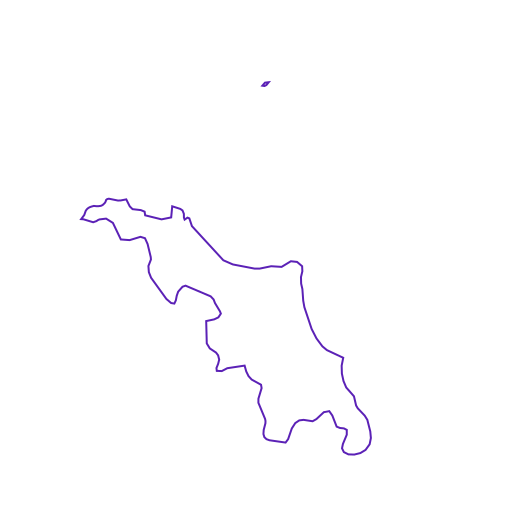 map outline of Latina (orthographic projection), rotated 202°
{"feature_id": "ITA-5426", "entity_name": "Latina", "entity_type": "Province", "adm_level": 1, "iso_a3": "ITA", "parent_name": "Italy", "parent_adm1": "", "projection": "orthographic", "projection_center": [13.255, 41.249], "detail": "fine", "context": "isolated", "style": "outline", "palette": "violet", "viewbox_px": 512, "rotation_deg": 202, "n_neighbors": 0, "source": "natural_earth", "source_scale": "10m", "svg_char_len": 2059}
<svg xmlns="http://www.w3.org/2000/svg" viewBox="0 0 512 512"><g transform="rotate(202 256 256)"><path d="M397.5,259.9L391.6,254.7L388.0,253.2L380.0,255.4L375.9,255.4L374.0,252.2L357.3,254.6L349.1,260.0L352.3,270.7L343.8,271.3L341.2,270.7L338.7,268.1L337.2,264.6L335.8,263.0L333.9,265.9L331.9,265.9L326.6,259.7L284.7,239.8L274.3,239.5L252.5,243.8L247.7,245.8L238.1,252.2L228.2,255.5L221.7,264.2L215.7,265.9L209.4,263.8L207.3,259.2L206.4,253.3L203.8,247.3L200.6,242.7L195.5,232.3L192.0,226.7L177.1,209.2L169.0,202.2L160.6,197.1L155.0,195.3L137.0,194.3L135.5,186.4L132.3,179.1L128.0,172.8L123.1,167.9L112.6,162.6L107.2,154.9L104.6,152.9L95.4,148.7L91.4,145.8L84.3,136.1L81.3,130.3L80.1,124.0L81.8,117.2L85.4,112.4L90.5,108.7L96.0,106.7L101.1,107.1L104.2,109.9L105.0,114.3L104.9,124.3L106.7,128.8L109.9,129.1L113.7,128.0L117.3,128.0L125.5,136.7L130.0,139.6L134.6,136.6L138.9,127.4L141.6,124.0L150.5,121.9L154.3,119.8L157.0,115.8L158.2,109.5L157.6,98.2L158.7,94.1L174.5,90.2L177.7,90.1L180.4,91.2L182.4,93.7L183.7,97.6L184.6,104.4L185.4,106.6L186.5,108.3L198.8,120.8L200.3,124.6L201.3,135.6L203.1,138.5L213.7,139.8L217.9,141.8L221.8,145.3L225.5,150.1L240.6,141.2L244.6,136.5L249.3,134.8L250.7,137.3L250.7,141.8L251.3,146.1L253.9,149.7L256.9,151.5L264.2,153.0L268.9,156.5L277.8,177.0L271.0,181.6L267.9,185.0L267.0,189.4L268.7,191.2L276.4,197.0L279.0,199.8L282.9,201.6L310.2,202.1L312.6,200.0L314.8,193.8L314.6,189.5L313.7,184.8L313.9,181.3L317.1,180.6L323.0,182.6L345.1,196.5L349.3,200.9L352.0,206.4L352.1,213.4L353.2,215.6L361.0,226.5L365.6,230.9L370.3,230.5L379.1,223.4L387.5,220.7L401.1,233.1L409.0,234.5L414.8,231.3L416.0,230.1L417.0,228.6L419.6,226.3L429.7,225.4L431.9,224.7L430.6,229.7L430.8,234.0L430.5,235.4L430.1,236.5L429.5,237.6L428.6,238.8L427.3,240.0L425.1,241.7L422.6,242.4L420.7,243.2L418.6,244.4L417.3,245.8L416.1,248.4L415.8,250.1L416.0,251.7L415.3,253.0L413.9,254.0L404.8,255.7L402.3,256.8L397.5,259.9L397.5,259.9ZM310.4,418.4L311.8,416.8L313.9,416.3L312.6,420.1L309.3,421.9L310.4,418.4Z" fill="none" stroke="#5b21b6" stroke-width="2"/></g></svg>